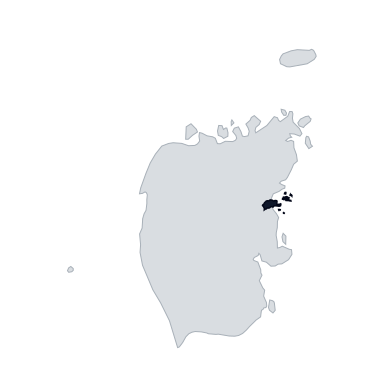 Gunsan-si, North Jeolla, South Korea shown in context, rotated 187°
{"feature_id": "91817680B51344731064077", "entity_name": "Gunsan-si", "entity_type": "district", "adm_level": 2, "iso_a3": "KOR", "parent_name": "South Korea", "parent_adm1": "North Jeolla", "projection": "natural_earth1", "projection_center": [126.551, 35.9], "detail": "fine", "context": "in_parent", "style": "filled", "palette": "ink", "viewbox_px": 384, "rotation_deg": 187, "n_neighbors": 0, "source": "geoboundaries", "source_scale": "gbopen_adm2", "svg_char_len": 5087}
<svg xmlns="http://www.w3.org/2000/svg" viewBox="0 0 384 384"><g transform="rotate(187 192 192)"><path d="M107.2,84.2L108.6,83.1L108.7,81.5L108.7,76.4L112.7,72.8L118.5,65.5L121.3,61.5L124.5,57.8L128.2,55.3L131.9,54.1L137.6,53.6L148.6,54.1L150.8,53.6L158.4,53.3L160.2,53.9L165.8,54.3L171.9,53.9L175.0,52.8L177.9,50.9L180.4,47.6L182.9,41.5L185.7,36.7L187.3,35.8L198.7,61.5L209.6,78.1L218.9,90.1L232.2,113.3L236.2,125.7L236.6,133.4L238.9,144.0L237.1,150.1L237.7,159.6L236.9,164.5L235.4,168.2L235.4,175.1L235.9,178.8L236.0,183.7L237.1,185.7L238.6,186.4L241.0,184.6L243.9,183.8L243.4,189.8L240.0,204.8L237.0,215.7L232.9,225.2L227.6,233.9L221.2,237.3L216.7,238.6L208.1,239.0L201.0,237.5L194.8,238.6L192.4,240.4L190.6,243.5L191.9,248.3L191.8,251.9L189.2,251.6L183.9,249.6L178.2,249.3L175.4,248.2L172.7,243.1L169.9,243.3L165.1,246.4L157.7,247.0L155.1,248.7L154.2,250.8L155.3,253.4L159.0,257.0L157.8,260.5L153.9,262.3L150.8,257.9L148.8,253.6L146.6,253.4L143.2,254.6L142.6,259.2L144.1,262.4L146.8,266.0L143.1,270.2L142.2,273.2L139.5,275.4L132.5,270.6L133.5,267.2L136.5,263.9L136.9,260.5L135.9,258.5L125.8,267.1L119.6,276.8L116.2,276.1L114.8,273.6L112.9,272.6L106.2,278.8L104.9,283.8L102.4,284.0L101.4,281.9L101.3,277.4L100.1,273.6L93.1,268.1L90.0,263.3L91.7,260.6L97.5,262.0L102.1,261.8L101.2,259.6L99.7,258.5L102.8,257.2L105.3,254.5L103.2,253.8L100.0,255.4L97.3,254.6L96.2,248.3L92.9,241.8L91.2,235.5L94.5,231.9L96.1,226.3L99.1,218.1L100.6,215.5L104.8,213.6L106.3,211.5L104.0,210.4L100.4,209.4L100.4,207.1L102.9,205.8L105.7,203.2L111.1,200.1L112.8,194.1L111.2,192.6L107.8,191.2L108.6,188.2L110.0,185.9L109.5,184.6L105.5,180.7L102.9,177.2L103.6,173.2L103.0,167.1L103.4,162.0L103.2,159.2L101.3,153.0L100.4,146.8L97.9,147.7L95.8,149.2L88.5,147.0L86.2,146.9L85.2,142.3L87.9,136.6L94.1,131.6L97.7,130.9L100.4,128.7L104.6,128.0L109.6,131.4L114.2,132.1L116.7,138.0L118.2,139.3L118.6,137.1L122.2,134.6L123.1,132.6L122.3,131.6L118.1,130.5L114.3,123.2L113.8,120.0L112.4,118.0L114.4,112.2L110.1,105.5L107.9,103.4L108.2,97.4L106.0,93.6L104.7,91.5L103.9,87.9L104.6,86.3L106.6,85.7L107.2,84.2ZM92.8,346.9L90.7,348.2L88.8,347.5L88.2,346.9L85.9,343.5L85.3,341.8L86.8,338.6L93.3,333.3L110.1,328.1L113.2,327.9L119.8,330.1L121.2,334.2L120.0,337.8L118.5,340.2L110.8,344.2L104.8,346.1L92.8,346.9ZM205.7,256.0L201.3,259.6L195.3,254.8L193.9,252.2L198.4,248.3L202.2,243.9L204.7,243.6L205.7,256.0ZM174.1,255.6L173.6,261.3L170.3,261.5L168.4,257.9L166.3,259.7L165.2,259.7L163.5,255.2L163.2,251.7L167.1,249.0L169.4,250.6L172.8,251.4L174.1,255.6ZM88.5,280.7L85.5,281.6L83.8,279.6L82.7,279.1L83.3,276.5L88.2,271.4L89.2,269.6L93.7,270.7L95.4,273.4L93.3,277.5L88.5,280.7ZM102.0,86.7L101.7,94.3L99.2,94.0L97.5,93.3L96.7,91.8L95.0,84.7L96.9,81.8L100.7,84.1L102.0,86.7ZM85.6,259.9L85.0,261.3L83.0,260.9L80.9,256.9L80.0,253.8L78.0,252.1L81.3,249.3L85.5,254.2L85.6,259.9ZM97.2,158.4L96.5,162.1L93.4,159.6L92.6,151.5L95.7,153.8L97.2,158.4ZM305.2,101.6L303.2,103.3L300.6,101.6L300.3,99.8L301.6,98.2L304.6,97.3L306.0,98.7L305.2,101.6ZM112.8,282.3L113.6,285.0L109.8,284.5L107.8,281.9L108.1,279.6L110.3,279.3L112.8,282.3ZM161.7,266.6L161.2,268.4L158.8,265.7L161.1,262.8L161.7,266.6Z" fill="#d9dde1" stroke="#a8b0b8" stroke-width="1"/><path d="M118.1,183.0L117.5,183.6L117.1,184.1L116.5,184.1L116.0,184.4L115.8,184.9L115.3,185.3L114.6,185.3L113.8,185.4L113.4,185.6L113.0,185.8L112.6,186.2L112.3,186.8L111.8,187.2L111.2,187.1L110.7,187.0L109.9,186.9L109.5,187.4L109.1,188.1L108.5,188.4L107.0,188.5L105.1,188.5L104.3,188.5L103.5,188.6L102.9,188.8L102.4,189.2L102.4,189.8L102.3,190.9L102.6,191.1L103.0,190.7L103.6,190.6L105.5,190.1L106.3,190.1L106.4,190.6L106.5,192.4L106.5,193.3L107.0,193.7L107.8,193.7L108.5,193.7L108.9,193.5L109.4,193.1L110.1,193.1L110.6,193.3L111.2,193.6L111.9,193.7L112.8,193.7L113.5,193.6L114.1,193.2L114.4,192.8L114.9,192.5L116.1,192.5L116.4,192.4L117.3,192.0L117.5,191.5L118.3,190.7L118.8,190.0L119.1,188.9L119.9,188.2L120.4,187.4L120.2,186.9L119.6,186.6L119.2,186.1L118.8,185.5L118.2,184.5L118.1,183.0ZM97.2,196.8L96.6,196.9L95.9,197.3L95.1,197.3L95.0,198.2L95.4,198.3L96.0,198.1L96.8,198.8L97.5,199.0L98.3,198.7L99.5,198.1L100.5,198.1L100.4,197.6L99.7,197.5L99.1,196.8L98.3,197.5L97.7,197.7L97.2,196.8ZM97.7,195.0L94.7,195.3L94.0,195.1L92.7,195.1L92.9,195.7L94.4,195.7L94.7,196.0L95.1,196.1L95.8,196.0L96.2,195.4L96.7,195.4L97.0,195.7L97.7,195.9L98.3,195.8L98.1,195.6L97.7,195.0ZM99.2,203.0L99.5,202.9L99.6,202.5L99.9,202.3L99.9,202.0L100.0,201.5L98.8,201.4L98.7,201.8L98.7,202.1L98.7,202.7L98.8,203.0L99.2,203.0ZM93.2,200.5L92.7,200.4L92.4,200.1L92.4,200.8L93.1,201.4L93.3,201.4L93.6,201.6L93.8,201.5L93.6,200.8L93.7,200.7L93.9,200.8L94.0,201.2L94.0,201.4L94.1,201.6L94.2,201.3L94.2,201.0L94.2,200.8L94.2,200.6L93.7,200.6L93.2,200.5ZM101.3,196.3L101.3,195.9L100.5,195.8L99.9,195.6L99.8,196.1L100.2,196.1L100.5,196.5L101.3,196.7L101.3,196.3ZM103.2,185.3L103.9,185.2L103.7,184.6L103.5,184.4L103.3,184.8L102.7,184.8L102.2,184.9L102.2,185.2L102.6,185.3L103.2,185.3ZM98.7,182.6L98.7,182.3L98.4,182.0L97.9,182.0L97.8,182.3L98.1,182.5L98.5,182.8L98.7,182.6Z" fill="#0f172a" stroke="#020617" stroke-width="1.5"/></g></svg>